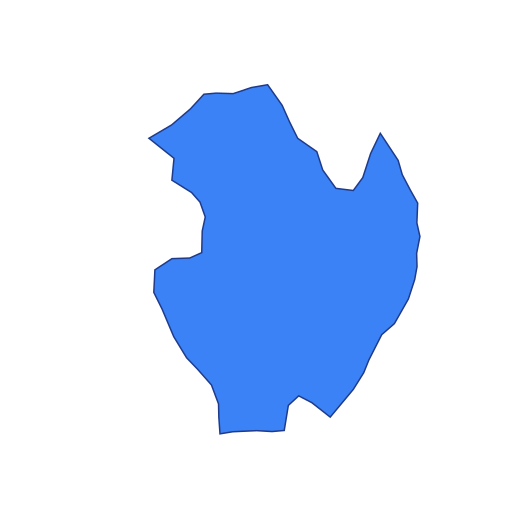 Pyrga Ammochostou, Cyprus, rotated 32°
{"feature_id": "46923920B31691504288871", "entity_name": "Pyrga Ammochostou", "entity_type": "district", "adm_level": 2, "iso_a3": "CYP", "parent_name": "Cyprus", "parent_adm1": "", "projection": "mercator", "projection_center": [33.722, 35.186], "detail": "fine", "context": "isolated", "style": "filled", "palette": "blue", "viewbox_px": 512, "rotation_deg": 32, "n_neighbors": 0, "source": "geoboundaries", "source_scale": "gbopen_adm2", "svg_char_len": 900}
<svg xmlns="http://www.w3.org/2000/svg" viewBox="0 0 512 512"><g transform="rotate(32 256 256)"><path d="M102.8,212.9L134.7,216.6L144.5,236.3L167.7,236.3L180.0,240.0L192.3,249.8L197.2,263.4L208.2,281.9L200.8,292.9L186.1,302.8L177.6,321.3L188.6,341.0L204.5,350.8L229.0,368.0L251.1,379.1L265.8,382.8L286.6,389.0L302.6,401.3L309.9,412.4L319.7,425.9L329.5,417.3L349.2,403.7L362.6,396.4L372.4,389.0L362.6,365.6L366.3,352.0L381.0,350.8L404.3,353.3L409.2,317.6L409.2,297.9L406.8,284.3L404.3,256.0L409.2,240.0L408.0,211.7L403.1,192.0L398.2,179.7L390.8,168.6L384.7,152.6L374.9,142.7L365.1,125.5L351.6,118.1L336.9,109.5L325.9,99.6L296.4,86.1L298.9,108.3L305.0,132.9L303.8,148.9L287.9,156.3L267.0,147.7L252.3,135.3L229.0,134.1L213.1,124.3L198.4,114.4L175.1,104.6L162.8,115.6L150.6,130.4L135.9,139.0L126.1,146.4L122.4,166.1L115.0,189.5L102.8,212.9Z" fill="#3b82f6" stroke="#1e3a8a" stroke-width="1.5"/></g></svg>